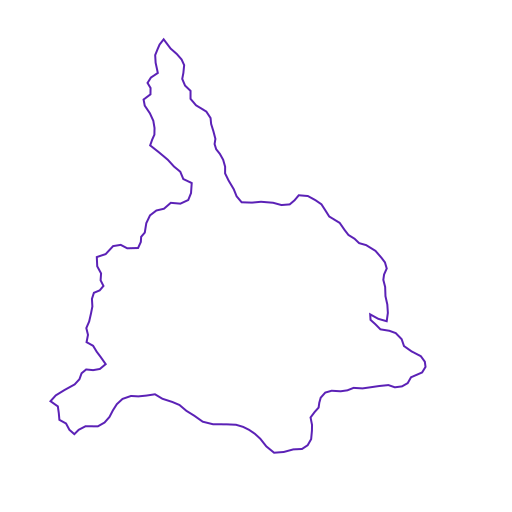 São José do Goiabal, Minas Gerais, Brazil, rotated 278°
{"feature_id": "56859067B58749623581662", "entity_name": "São José do Goiabal", "entity_type": "district", "adm_level": 2, "iso_a3": "BRA", "parent_name": "Brazil", "parent_adm1": "Minas Gerais", "projection": "equal_earth", "projection_center": [-42.684, -19.938], "detail": "fine", "context": "isolated", "style": "outline", "palette": "violet", "viewbox_px": 512, "rotation_deg": 278, "n_neighbors": 0, "source": "geoboundaries", "source_scale": "gbopen_adm2", "svg_char_len": 2440}
<svg xmlns="http://www.w3.org/2000/svg" viewBox="0 0 512 512"><g transform="rotate(278 256 256)"><path d="M54.3,100.9L59.2,104.6L63.7,110.9L65.3,123.1L70.0,129.2L76.2,133.3L83.3,135.8L89.9,138.8L95.9,143.7L100.0,151.7L100.6,159.0L102.5,166.8L105.0,175.2L101.6,183.2L99.8,193.5L97.8,201.0L93.0,208.6L89.1,217.4L84.5,226.3L83.4,236.9L85.2,250.1L86.1,259.7L85.0,267.0L82.9,273.3L79.8,279.6L75.6,285.7L68.9,292.7L63.7,301.3L65.8,310.8L69.7,319.9L71.3,328.4L75.8,333.5L82.3,336.1L90.8,335.7L96.5,335.0L103.7,332.5L109.7,335.8L114.6,339.1L119.6,339.1L124.7,339.8L130.4,343.6L133.1,349.7L133.8,358.6L135.7,365.2L139.0,371.0L139.7,379.9L141.6,386.5L144.4,396.1L146.6,405.1L145.3,411.8L147.2,418.7L151.2,423.9L157.5,426.4L163.8,436.7L169.8,439.3L174.8,437.9L179.7,433.2L183.2,423.3L187.4,415.1L193.9,411.8L199.1,405.1L200.5,398.5L200.7,389.4L205.2,383.5L208.7,378.3L214.1,377.2L210.8,385.8L209.6,394.5L218.0,394.5L226.2,392.8L234.2,389.8L243.3,388.2L250.1,385.4L255.5,385.4L261.8,387.2L267.6,384.6L271.6,380.6L277.7,373.6L282.1,363.6L283.1,356.3L286.8,351.2L289.7,344.6L294.1,340.1L300.4,334.3L305.3,323.0L311.1,318.1L316.3,313.6L319.5,307.2L322.6,299.0L322.1,289.9L316.5,286.4L311.8,282.2L310.0,274.1L311.1,265.5L310.4,253.4L308.3,244.6L307.2,234.3L312.4,228.5L319.0,224.7L327.0,218.3L333.5,213.9L340.1,213.0L346.7,210.1L352.1,206.0L356.2,201.7L361.1,199.4L366.3,199.5L373.5,196.5L380.5,193.2L386.3,191.8L392.1,186.7L396.9,175.6L402.5,169.3L410.4,168.2L414.9,162.0L421.1,158.3L427.1,158.6L435.0,158.3L440.2,155.0L444.9,149.6L449.5,142.6L457.7,134.4L452.0,131.1L446.9,129.7L440.9,128.2L433.4,129.7L423.6,133.3L418.1,127.1L412.3,124.5L407.7,128.2L401.4,129.0L395.3,122.9L389.4,124.9L382.5,131.1L375.6,135.5L368.6,137.7L362.0,138.5L356.8,137.0L350.8,135.8L345.2,145.4L339.0,155.3L333.2,162.3L328.9,169.3L322.1,173.3L319.3,182.2L309.2,182.9L302.0,181.1L297.3,173.8L296.8,164.2L290.0,158.3L287.2,151.0L281.5,145.4L273.3,142.8L263.7,142.6L259.0,139.6L253.9,140.0L247.5,138.1L245.7,127.4L248.2,120.5L245.9,113.1L237.0,106.9L232.8,98.5L223.7,100.2L217.2,105.0L210.3,105.5L205.1,109.1L200.2,106.0L197.0,100.6L190.7,99.5L183.2,101.0L176.2,100.6L167.9,99.9L161.0,98.0L154.5,100.6L147.1,100.2L144.4,107.2L139.0,111.6L134.5,116.1L128.0,122.2L122.4,117.1L120.3,110.6L120.0,103.6L115.6,99.6L109.4,98.3L103.6,94.3L96.7,85.1L90.1,77.1L83.6,72.7L79.5,80.7L72.9,82.6L66.4,84.1L63.7,91.2L57.9,95.4L54.3,100.9Z" fill="none" stroke="#5b21b6" stroke-width="2"/></g></svg>